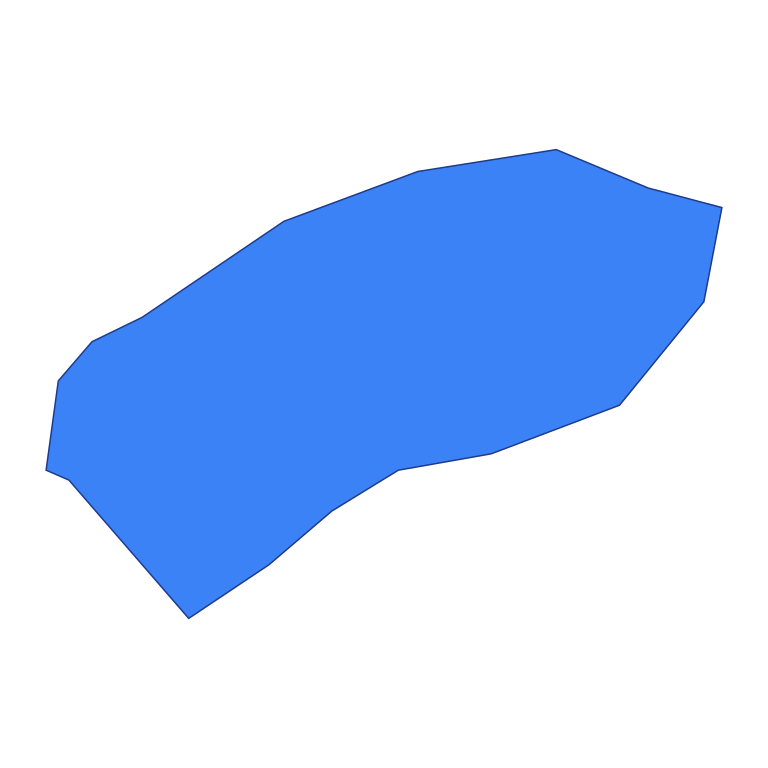 an SVG outline of Rodrigues
{"feature_id": "MUS-5194", "entity_name": "Rodrigues", "entity_type": "Dependency", "adm_level": 1, "iso_a3": "MUS", "parent_name": "Mauritius", "parent_adm1": "", "projection": "robinson", "projection_center": [63.41, -19.719], "detail": "fine", "context": "isolated", "style": "filled", "palette": "blue", "viewbox_px": 768, "rotation_deg": 0, "n_neighbors": 0, "source": "natural_earth", "source_scale": "10m", "svg_char_len": 344}
<svg xmlns="http://www.w3.org/2000/svg" viewBox="0 0 768 768"><path d="M648.1,188.0L721.9,207.6L703.9,301.7L619.5,405.2L491.2,453.8L398.3,470.2L331.9,511.0L269.0,564.7L188.7,618.4L68.9,480.1L46.1,470.2L58.3,380.9L92.0,341.7L142.0,317.4L283.9,221.3L417.7,171.5L556.2,149.6L648.1,188.0Z" fill="#3b82f6" stroke="#1e3a8a" stroke-width="1.5"/></svg>